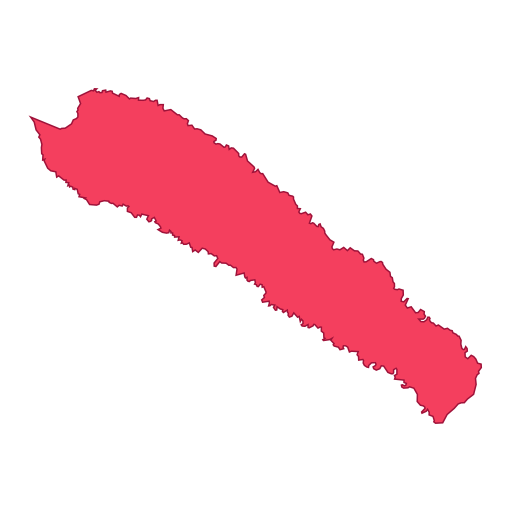 Itarumã, Goiás, Brazil (orthographic projection)
{"feature_id": "56859067B5500678959549", "entity_name": "Itarumã", "entity_type": "district", "adm_level": 2, "iso_a3": "BRA", "parent_name": "Brazil", "parent_adm1": "Goiás", "projection": "orthographic", "projection_center": [-51.292, -18.891], "detail": "fine", "context": "isolated", "style": "filled", "palette": "rose", "viewbox_px": 512, "rotation_deg": 0, "n_neighbors": 0, "source": "geoboundaries", "source_scale": "gbopen_adm2", "svg_char_len": 6043}
<svg xmlns="http://www.w3.org/2000/svg" viewBox="0 0 512 512"><path d="M476.1,384.5L475.5,378.3L477.2,374.7L479.0,373.4L478.5,371.3L481.3,367.6L481.1,364.1L477.6,363.2L475.8,359.0L473.7,356.6L471.2,355.3L467.8,358.7L465.2,356.9L465.0,352.7L467.3,351.1L467.1,348.5L465.7,346.6L464.5,349.3L463.3,349.6L461.9,348.4L460.8,344.1L461.1,340.3L459.1,336.2L457.6,336.0L456.5,334.5L452.9,332.8L452.2,330.7L450.0,330.2L447.5,328.3L444.2,329.1L438.4,325.0L436.0,326.0L433.4,323.1L431.4,322.7L430.1,321.2L429.4,319.8L430.0,318.5L429.2,317.2L427.8,317.2L426.7,319.8L423.9,321.8L420.9,321.6L418.7,319.1L423.2,319.1L424.4,318.3L425.5,316.2L424.1,314.2L424.3,311.6L420.6,309.5L418.2,312.5L415.6,312.8L411.2,306.8L407.3,308.0L405.3,305.1L408.2,298.7L407.1,298.5L403.8,301.8L401.2,301.3L401.3,298.6L403.3,295.0L403.1,290.2L399.0,289.0L397.3,289.7L394.7,289.3L393.7,288.4L394.5,286.7L394.4,283.5L393.0,281.8L392.3,277.7L390.5,276.4L389.9,272.3L386.0,269.2L382.8,264.3L382.5,262.5L381.1,261.5L380.0,261.6L376.5,263.2L373.8,261.3L373.5,259.7L371.3,258.5L366.2,261.8L364.1,262.0L363.3,260.1L363.9,258.1L362.4,254.3L360.5,254.0L357.9,251.0L354.4,250.8L350.2,247.8L347.4,250.6L343.7,247.4L339.9,249.8L336.9,249.0L333.6,249.8L332.4,248.7L331.9,246.9L333.9,242.2L329.9,239.8L326.1,235.0L324.8,233.1L324.7,231.1L323.4,228.4L321.1,226.8L320.1,223.9L318.8,224.5L318.2,226.6L316.8,226.4L313.7,223.2L312.4,222.8L310.9,223.7L309.4,223.2L311.9,216.0L310.4,214.0L307.9,214.8L305.6,212.2L301.3,213.7L299.8,213.4L298.8,212.0L300.3,208.7L297.4,208.5L297.4,205.9L295.8,204.4L293.5,199.1L293.5,197.0L292.7,196.2L289.0,195.3L287.8,192.9L286.6,192.5L283.7,191.7L279.8,192.5L276.8,185.7L275.3,186.2L268.1,182.2L262.7,173.6L261.1,173.7L259.7,172.6L258.0,169.4L255.6,171.7L252.7,172.3L254.6,168.3L254.0,166.9L247.5,161.0L245.6,154.3L244.5,153.8L241.7,157.1L239.6,156.9L238.7,155.7L238.7,153.5L233.5,148.2L231.2,147.9L229.2,149.4L228.6,145.9L226.4,145.0L225.3,146.9L224.0,147.3L220.0,144.0L217.8,143.6L215.9,144.1L214.0,142.7L213.9,141.5L216.0,140.2L216.2,138.5L212.2,135.9L205.1,134.0L200.8,129.8L197.1,128.8L194.6,129.0L191.9,125.2L188.0,125.6L187.4,123.7L188.4,120.6L186.3,118.7L184.1,118.8L182.4,117.9L179.2,114.8L177.4,114.8L170.8,109.6L164.2,110.9L162.9,108.3L163.3,104.6L160.0,104.6L158.1,105.5L157.1,100.3L155.5,100.3L153.6,101.5L150.1,100.7L149.4,98.6L147.1,98.0L145.6,99.9L143.4,100.3L138.5,100.2L138.6,97.6L135.8,98.5L130.6,98.1L129.4,98.9L126.0,95.5L121.1,93.4L119.4,94.5L119.2,96.3L112.5,93.1L112.2,91.3L110.4,90.9L106.0,92.2L105.7,90.1L102.5,90.7L102.0,92.5L99.9,92.7L98.9,91.6L96.9,92.3L95.2,90.3L96.7,88.9L94.4,88.8L93.5,90.8L91.3,90.4L78.1,96.7L80.6,103.6L77.7,108.3L78.0,110.1L76.9,111.6L77.9,113.4L77.9,117.0L76.4,118.6L73.3,119.9L71.5,123.9L65.2,128.2L61.6,128.4L60.2,129.2L30.7,117.1L34.2,122.0L36.1,129.9L39.9,134.8L38.8,137.1L40.5,139.1L41.9,144.4L41.4,147.6L41.7,153.7L43.0,154.9L42.7,160.0L44.8,159.2L44.1,160.7L47.7,168.2L50.8,170.8L55.8,171.8L56.7,177.1L58.7,175.9L64.0,180.1L66.2,180.1L65.9,182.4L68.7,182.7L67.9,185.6L69.0,185.0L69.6,186.9L70.7,186.2L72.8,187.2L73.0,189.1L74.7,189.6L74.8,188.4L77.2,189.3L78.2,193.8L79.7,194.4L79.0,196.7L85.4,197.9L84.4,198.6L86.5,199.6L89.6,204.5L96.5,205.1L99.0,204.2L99.8,201.8L104.2,200.7L108.9,201.2L109.1,202.3L111.4,203.4L113.0,203.3L117.3,206.9L119.1,205.3L122.2,206.0L123.1,204.2L126.3,206.1L128.0,205.8L128.9,206.5L127.4,208.1L127.4,211.4L131.2,212.7L134.7,217.3L136.5,217.3L137.5,215.0L139.4,215.2L140.5,216.7L141.8,214.1L148.4,215.7L146.8,219.2L148.9,221.8L150.7,221.3L151.6,220.4L151.6,218.9L154.3,217.4L156.2,221.0L154.8,221.7L155.4,222.7L158.3,224.0L160.5,226.8L160.9,228.2L158.0,229.6L162.4,232.3L166.5,233.1L168.8,232.7L169.5,230.2L170.9,231.4L170.9,232.9L172.6,233.0L172.6,235.1L174.5,235.5L174.6,237.1L179.0,236.8L178.2,240.3L180.2,239.9L182.0,240.8L181.3,243.2L182.5,242.9L183.7,244.3L186.5,244.2L189.3,242.9L190.7,247.2L192.0,247.5L192.7,251.6L195.2,250.0L198.3,252.4L202.2,248.2L205.3,249.0L208.1,251.6L208.4,253.9L211.2,253.6L214.3,255.9L216.6,255.7L217.8,258.5L214.1,263.0L214.2,266.1L215.9,266.5L219.8,261.6L221.6,263.0L226.1,263.2L228.9,265.3L230.4,265.1L233.5,267.6L236.0,267.5L237.0,269.1L236.1,275.2L244.1,273.0L244.8,276.9L245.5,278.0L247.0,277.4L247.0,280.1L248.1,281.3L249.5,281.5L250.3,280.5L254.8,279.8L255.4,282.7L254.6,284.1L256.4,284.7L257.1,286.4L258.3,286.6L260.2,284.2L262.1,284.7L262.2,287.2L263.8,286.7L266.0,291.9L265.9,293.1L263.8,295.4L264.4,297.5L261.7,299.9L262.6,302.2L269.1,301.2L269.4,303.1L268.6,305.9L270.0,305.7L271.3,304.5L274.8,305.1L273.5,307.4L275.4,310.2L276.7,310.0L277.1,306.7L280.3,309.0L282.8,309.6L282.4,311.4L283.4,312.5L287.3,310.1L287.5,312.3L288.3,313.2L288.1,315.3L289.4,317.1L291.9,316.2L293.8,312.9L297.6,317.2L299.2,316.4L300.3,321.5L301.5,319.3L302.9,320.8L303.0,323.6L301.2,324.8L302.1,326.0L304.9,326.3L308.0,324.6L308.1,327.5L309.2,327.8L313.1,325.8L313.7,324.4L314.8,324.5L318.0,328.1L320.2,327.0L321.4,327.2L321.3,331.1L323.7,333.0L323.9,337.5L325.0,338.3L322.8,339.7L323.5,340.5L329.6,339.6L332.0,338.3L330.8,340.2L334.0,343.6L333.2,344.8L334.1,346.0L338.4,347.2L340.0,349.7L343.7,348.7L343.0,347.3L343.4,345.8L345.6,345.8L347.7,347.1L349.4,352.0L351.5,351.2L358.2,351.6L357.1,354.8L358.5,356.4L358.7,360.1L362.9,359.5L363.5,360.5L363.2,363.0L364.4,365.4L366.8,367.0L368.5,367.4L368.8,365.4L371.5,362.8L375.4,362.7L376.0,364.2L375.5,365.5L373.1,366.9L373.7,368.7L376.3,370.1L379.8,368.7L381.3,365.8L383.7,366.1L387.9,372.4L391.3,373.8L392.9,373.8L393.6,372.7L393.6,369.7L396.1,368.3L396.9,369.4L396.9,374.2L394.5,375.5L395.2,377.3L394.6,379.1L404.0,380.1L404.0,382.5L406.4,383.4L405.8,385.2L404.5,385.8L402.4,384.8L401.4,385.1L401.8,387.0L403.6,388.1L408.0,387.8L409.6,386.8L413.9,388.2L417.4,394.4L417.2,401.5L420.4,405.2L423.4,405.9L424.8,407.1L425.0,408.4L421.6,412.0L422.0,413.2L426.2,411.3L427.6,409.3L429.2,412.3L429.1,414.9L433.0,416.4L434.3,420.6L433.8,421.8L435.5,423.2L442.7,422.8L447.1,414.5L454.2,408.4L458.2,403.9L461.2,402.8L464.3,402.7L467.5,399.0L473.6,394.3L476.1,384.5Z" fill="#f43f5e" stroke="#9f1239" stroke-width="1.5"/></svg>